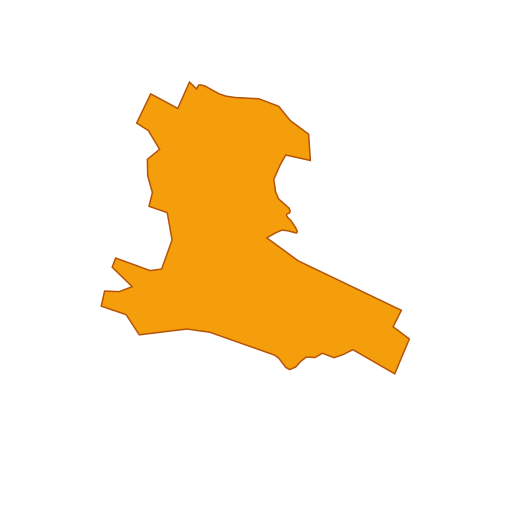 SVG path tracing the border of Vecumnieku, rotated 37°
{"feature_id": "LVA-5735", "entity_name": "Vecumnieku", "entity_type": "Municipality", "adm_level": 1, "iso_a3": "LVA", "parent_name": "Latvia", "parent_adm1": "", "projection": "robinson", "projection_center": [24.617, 56.512], "detail": "fine", "context": "isolated", "style": "filled", "palette": "amber", "viewbox_px": 512, "rotation_deg": 37, "n_neighbors": 0, "source": "natural_earth", "source_scale": "10m", "svg_char_len": 1054}
<svg xmlns="http://www.w3.org/2000/svg" viewBox="0 0 512 512"><g transform="rotate(37 256 256)"><path d="M364.2,301.6L357.0,306.4L355.1,313.4L354.5,320.7L351.3,326.4L347.0,327.1L335.6,323.9L330.4,324.0L283.7,338.8L264.9,344.7L244.5,356.1L210.2,389.2L187.6,381.0L162.6,389.2L156.2,375.1L168.2,366.8L175.6,355.0L147.9,351.5L145.1,342.1L180.2,331.4L188.5,323.2L179.3,293.7L159.0,274.8L140.6,280.7L135.1,267.7L121.2,257.1L111.1,244.2L114.8,228.8L94.5,220.6L80.7,221.7L74.3,189.9L104.7,185.2L98.2,157.1L107.9,158.4L107.3,154.0L108.9,152.6L112.8,151.0L129.0,148.7L135.6,146.5L143.6,142.2L163.7,128.7L184.1,122.8L201.7,127.2L224.8,127.1L241.9,147.0L219.0,157.5L220.6,169.4L224.1,184.1L233.1,193.0L239.7,196.8L253.6,197.9L256.5,199.8L256.8,201.7L255.4,204.0L256.0,205.4L258.4,206.2L262.3,206.6L271.3,209.8L274.4,211.7L274.4,213.4L266.3,216.7L261.1,219.7L257.5,226.2L253.7,235.0L292.6,234.5L404.8,211.9L408.1,230.0L428.4,230.0L437.7,266.6L389.7,272.5L385.1,281.9L379.6,290.2L367.6,293.7L364.2,301.6Z" fill="#f59e0b" stroke="#b45309" stroke-width="1.5"/></g></svg>